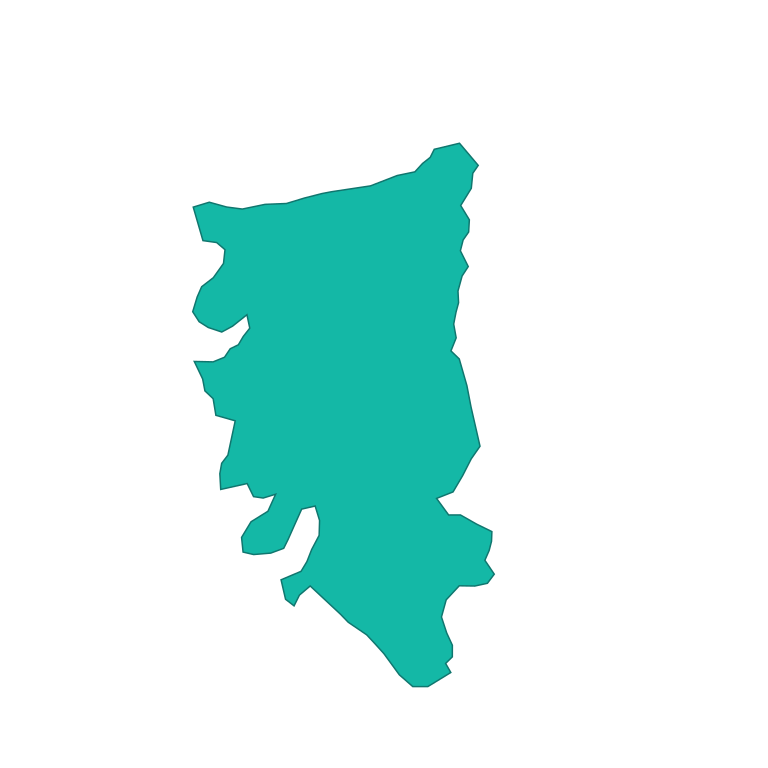 outline of Anahy, Paraná, Brazil, rotated 138°
{"feature_id": "56859067B93303165514220", "entity_name": "Anahy", "entity_type": "district", "adm_level": 2, "iso_a3": "BRA", "parent_name": "Brazil", "parent_adm1": "Paraná", "projection": "robinson", "projection_center": [-53.136, -24.641], "detail": "fine", "context": "isolated", "style": "filled", "palette": "teal", "viewbox_px": 768, "rotation_deg": 138, "n_neighbors": 0, "source": "geoboundaries", "source_scale": "gbopen_adm2", "svg_char_len": 1623}
<svg xmlns="http://www.w3.org/2000/svg" viewBox="0 0 768 768"><g transform="rotate(138 384 384)"><path d="M599.3,279.3L588.1,283.7L574.0,283.3L570.4,242.1L570.0,230.8L564.7,209.2L564.5,196.3L564.5,183.7L567.2,157.6L565.1,139.9L553.9,129.8L527.4,124.9L525.2,135.1L515.8,135.5L508.0,144.1L504.0,157.0L497.2,172.4L482.2,182.0L463.1,183.7L451.7,173.1L440.5,166.7L429.3,168.9L427.0,185.5L417.3,189.9L409.3,195.2L402.6,202.1L408.9,217.8L414.8,235.5L423.6,243.4L421.5,263.8L404.9,257.6L386.8,263.3L369.3,270.0L354.3,273.5L334.7,308.7L323.5,327.3L311.3,352.3L312.1,363.8L299.5,370.0L292.1,381.9L282.4,389.2L274.2,394.5L266.8,403.6L253.7,412.0L242.8,414.9L238.1,431.9L228.8,438.1L219.4,440.3L210.7,448.9L207.6,465.3L188.2,471.0L177.0,481.2L167.7,483.4L166.8,512.4L189.6,524.8L198.0,521.5L207.8,522.1L219.1,521.0L234.7,530.1L261.5,540.3L294.2,561.9L302.6,567.0L318.6,575.4L335.7,583.4L352.2,597.1L372.2,608.8L382.5,620.8L392.2,636.0L407.4,643.1L422.6,611.7L413.7,601.1L412.3,590.2L422.6,581.0L439.7,577.2L454.4,578.3L464.6,573.7L477.8,565.7L479.7,554.0L476.8,543.6L469.8,531.2L457.8,528.3L439.5,527.2L446.4,515.3L456.8,513.5L466.0,510.6L474.7,513.1L484.6,510.6L496.2,514.8L509.9,527.7L515.4,509.1L521.7,498.7L520.8,487.4L529.9,473.2L519.2,456.2L547.6,435.6L557.7,433.7L566.0,427.2L575.9,414.9L552.3,401.6L556.3,387.6L550.1,380.1L538.3,374.6L555.4,367.1L575.0,370.6L592.5,365.3L601.2,353.4L595.0,344.5L581.3,334.1L568.5,329.0L559.4,332.6L543.0,339.9L528.9,346.1L516.8,339.4L523.2,325.7L533.5,314.9L548.5,309.4L560.1,303.6L571.0,300.3L591.5,307.4L601.2,289.9L599.3,279.3Z" fill="#14b8a6" stroke="#0f766e" stroke-width="1.5"/></g></svg>